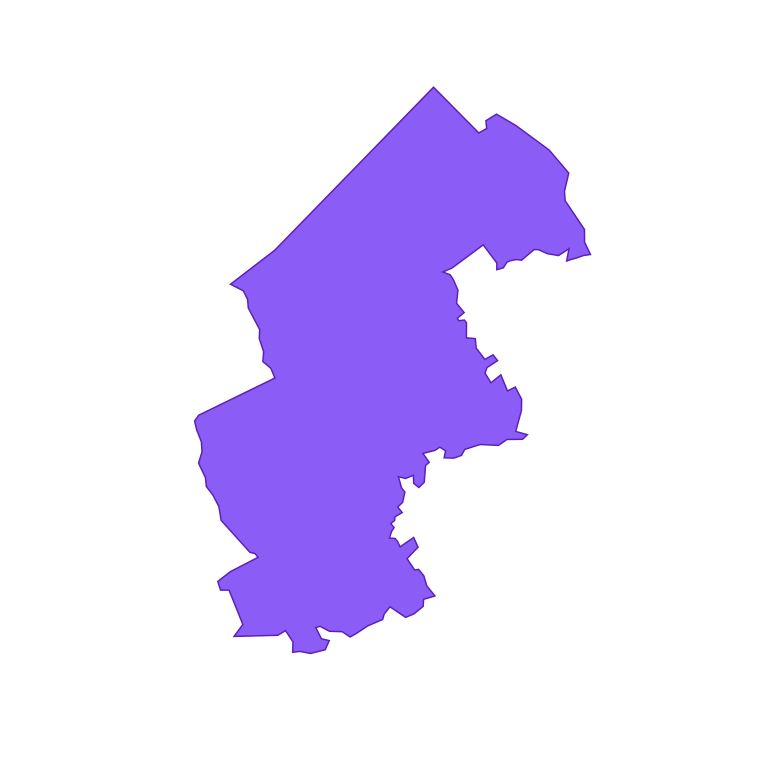 Nurata, Navoi, Uzbekistan (Robinson projection), rotated 320°
{"feature_id": "79887680B28423618609803", "entity_name": "Nurata", "entity_type": "district", "adm_level": 2, "iso_a3": "UZB", "parent_name": "Uzbekistan", "parent_adm1": "Navoi", "projection": "robinson", "projection_center": [65.941, 40.555], "detail": "fine", "context": "isolated", "style": "filled", "palette": "violet", "viewbox_px": 768, "rotation_deg": 320, "n_neighbors": 0, "source": "geoboundaries", "source_scale": "gbopen_adm2", "svg_char_len": 2019}
<svg xmlns="http://www.w3.org/2000/svg" viewBox="0 0 768 768"><g transform="rotate(320 384 384)"><path d="M625.4,417.5L628.8,404.3L636.9,394.5L640.6,360.0L646.1,352.4L661.1,341.2L660.9,311.0L651.1,270.5L643.6,249.6L631.3,247.8L626.9,254.3L618.0,252.6L612.7,188.5L386.3,211.3L330.5,208.9L336.1,222.1L334.0,231.3L328.9,238.6L323.7,262.5L317.7,268.9L312.6,281.8L305.6,289.0L307.4,299.2L304.3,309.3L222.0,288.8L215.1,290.6L211.0,298.8L207.0,310.8L201.0,319.0L191.1,325.4L187.0,341.0L182.0,348.4L181.6,358.8L178.7,371.8L171.6,383.8L173.1,426.7L176.2,431.1L176.1,435.8L145.7,429.0L129.8,428.4L126.3,436.8L132.8,442.3L121.3,477.5L106.9,481.0L141.1,508.2L150.0,509.6L148.5,523.1L141.6,530.8L147.7,534.8L154.5,543.2L168.1,549.8L177.1,545.4L172.3,538.9L175.2,526.7L179.3,528.6L183.3,538.4L192.8,546.9L195.4,556.0L202.3,557.3L215.9,558.8L231.6,563.5L236.4,560.3L245.3,558.5L250.6,576.7L259.5,579.4L271.1,579.5L275.9,574.4L286.8,579.1L287.0,566.2L291.2,556.6L291.3,548.2L287.9,546.2L289.4,532.6L305.2,530.9L308.1,520.6L291.7,519.1L293.1,513.3L293.2,509.4L289.1,505.5L295.3,501.7L299.4,500.5L299.5,495.3L304.3,495.4L307.1,492.8L315.3,494.2L315.4,487.1L322.2,486.6L330.5,480.3L330.6,475.1L335.5,464.2L339.6,470.1L347.8,472.8L342.9,479.2L344.2,485.7L351.7,485.1L363.5,473.1L368.3,473.1L369.2,462.2L380.1,467.5L386.2,468.3L388.2,474.8L382.6,479.2L390.1,485.8L397.6,488.5L403.8,486.0L418.7,492.1L432.2,504.6L442.5,505.5L454.6,515.4L461.2,515.0L454.4,505.0L472.4,492.5L479.6,484.2L482.6,470.7L474.1,468.7L479.4,452.1L466.7,451.8L468.4,440.6L473.5,437.6L486.0,439.1L486.3,431.8L477.1,430.0L477.7,415.8L483.1,407.9L476.8,401.6L486.5,390.2L486.7,386.7L481.9,383.5L482.6,380.8L491.3,380.8L491.5,368.8L500.9,359.7L504.2,348.7L504.9,342.9L501.1,336.1L510.8,338.9L549.4,341.2L548.2,363.9L543.9,368.9L550.0,371.7L556.6,369.7L560.7,371.1L565.6,373.9L569.0,377.6L585.3,377.5L588.7,380.4L593.0,389.3L600.3,397.8L612.7,399.2L603.0,407.2L607.8,409.0L611.6,410.9L619.2,413.7L625.4,417.5Z" fill="#8b5cf6" stroke="#5b21b6" stroke-width="1.5"/></g></svg>